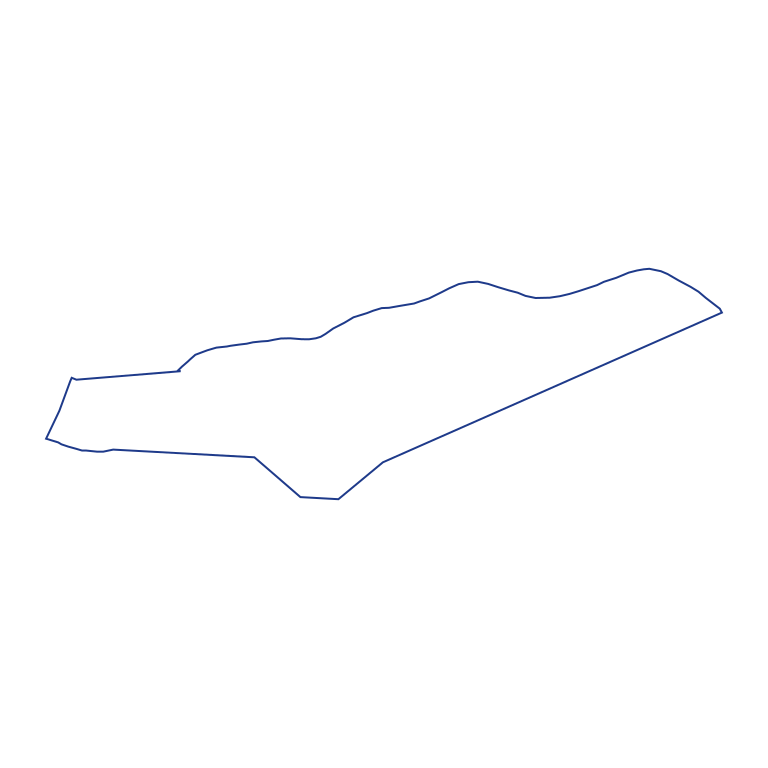 the district of New Village, Castries, Saint Lucia
{"feature_id": "8701671B14881348545468", "entity_name": "New Village", "entity_type": "district", "adm_level": 2, "iso_a3": "LCA", "parent_name": "Saint Lucia", "parent_adm1": "Castries", "projection": "albers", "projection_center": [-60.985, 14.011], "detail": "fine", "context": "isolated", "style": "outline", "palette": "blue", "viewbox_px": 768, "rotation_deg": 0, "n_neighbors": 0, "source": "geoboundaries", "source_scale": "gbopen_adm2", "svg_char_len": 1135}
<svg xmlns="http://www.w3.org/2000/svg" viewBox="0 0 768 768"><path d="M721.9,312.6L719.8,308.7L705.8,297.9L698.5,291.7L690.7,286.9L678.7,280.5L667.5,274.0L660.9,271.2L649.3,268.8L643.8,269.3L637.0,270.5L628.8,272.6L616.3,277.8L603.9,281.8L597.1,285.1L578.5,291.2L569.6,293.9L559.9,296.2L549.7,297.7L535.6,298.0L525.5,295.9L517.7,292.7L508.9,290.4L498.2,287.2L488.1,283.9L477.8,281.7L468.4,282.2L458.7,284.1L449.2,288.3L441.8,292.1L429.1,298.4L419.9,301.4L414.1,303.5L399.8,305.9L389.0,307.8L381.7,308.1L373.2,310.7L367.0,313.1L353.5,317.3L344.5,322.7L333.2,328.5L325.4,334.0L320.7,336.8L315.8,338.3L308.9,339.3L301.5,339.2L290.2,338.3L280.9,338.5L274.1,339.7L267.8,341.0L261.6,341.4L253.0,342.3L246.7,343.7L239.1,344.6L230.4,345.8L226.9,346.5L216.5,347.6L214.4,348.2L207.3,350.3L203.0,351.9L195.3,354.8L190.1,359.4L188.0,361.4L182.1,366.5L177.9,370.6L180.6,371.2L76.4,379.7L71.7,377.8L70.2,381.3L59.4,410.7L46.1,438.7L58.2,442.4L61.4,444.3L68.2,446.6L76.5,448.9L81.9,450.5L85.7,450.5L97.4,451.7L103.1,451.7L113.2,449.6L254.4,457.3L300.4,497.1L338.4,499.2L382.9,462.3L721.9,312.6Z" fill="none" stroke="#1e3a8a" stroke-width="2"/></svg>